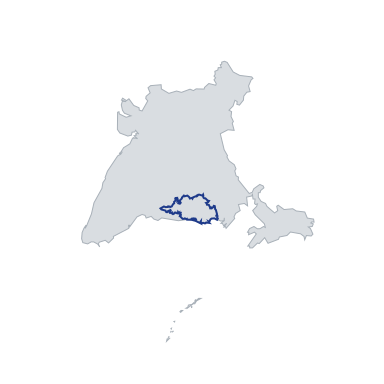 location of Odisha within India, rotated 45°
{"feature_id": "IND-2444", "entity_name": "Odisha", "entity_type": "State", "adm_level": 1, "iso_a3": "IND", "parent_name": "India", "parent_adm1": "", "projection": "mercator", "projection_center": [83.889, 20.172], "detail": "medium", "context": "in_parent", "style": "outline", "palette": "blue", "viewbox_px": 384, "rotation_deg": 45, "n_neighbors": 0, "source": "natural_earth", "source_scale": "10m", "svg_char_len": 5580}
<svg xmlns="http://www.w3.org/2000/svg" viewBox="0 0 384 384"><g transform="rotate(45 192 192)"><path d="M76.6,174.7L81.1,173.7L81.5,170.7L89.6,172.0L95.0,169.9L96.8,171.4L99.4,170.0L96.3,158.9L93.2,158.6L91.9,156.8L92.3,151.5L87.2,149.4L87.5,146.1L94.3,138.0L97.5,140.8L105.9,138.6L109.7,131.5L114.1,129.0L117.9,120.7L121.3,119.3L122.0,116.2L127.8,110.6L126.9,109.2L127.2,103.4L133.3,99.7L132.5,98.2L128.2,97.1L128.0,94.6L125.6,94.5L125.2,92.4L122.8,90.5L124.0,87.5L122.6,85.5L124.8,83.3L122.0,82.1L122.6,80.6L121.2,79.2L122.5,76.6L125.2,75.5L136.3,78.0L143.3,75.8L152.8,68.4L154.8,68.6L154.5,70.8L157.0,77.0L162.1,79.9L160.2,82.7L160.8,87.6L163.4,90.7L164.1,97.0L161.7,98.3L160.0,96.1L157.5,96.8L160.2,102.1L160.3,108.0L163.2,107.2L166.2,111.0L171.4,112.9L171.8,114.9L178.2,118.6L173.4,122.6L170.8,130.8L184.9,139.4L191.4,141.2L191.9,142.5L196.3,143.8L202.6,142.8L206.7,144.5L207.3,146.8L211.7,149.4L214.3,148.6L216.1,150.7L233.5,152.6L234.8,149.6L233.4,146.0L234.6,138.7L238.1,137.4L239.9,138.2L239.5,142.5L240.6,144.3L239.4,145.6L242.6,148.8L247.5,149.8L252.1,148.1L255.2,149.2L265.2,148.4L265.8,144.6L262.0,142.2L262.3,140.4L269.5,139.3L275.1,132.6L279.1,131.7L285.9,126.4L292.0,128.9L297.1,125.2L299.6,127.0L297.8,128.5L297.9,129.9L300.3,128.8L301.4,131.4L299.0,134.5L301.6,134.1L307.3,136.3L307.4,138.8L303.7,141.9L305.5,146.1L302.6,144.2L298.3,144.8L289.9,150.7L289.9,155.6L285.6,162.0L286.6,164.3L282.0,174.5L275.7,172.9L276.0,180.9L274.4,181.8L274.3,188.7L272.4,190.7L270.9,189.5L269.7,190.8L267.1,176.2L264.6,176.2L262.2,182.2L260.7,180.3L259.7,181.2L258.6,177.1L260.2,172.6L264.2,171.8L266.0,169.9L267.0,165.8L268.9,165.2L265.6,163.3L252.8,163.4L248.0,162.2L247.9,156.5L246.7,154.1L245.8,155.9L244.4,155.9L241.6,152.4L240.1,153.8L236.5,151.0L237.0,152.7L234.2,157.0L241.1,162.5L237.1,163.1L233.7,168.0L239.2,171.1L238.0,176.3L239.3,179.9L240.9,180.5L241.8,193.6L240.3,192.8L239.4,194.2L238.6,189.6L238.2,193.5L235.8,192.7L234.5,193.7L235.1,189.4L233.1,187.4L234.8,189.6L233.1,192.1L226.4,194.9L224.5,197.1L225.4,201.7L223.6,204.9L220.7,207.5L219.6,207.1L219.4,208.5L214.3,210.2L213.8,208.5L211.8,209.6L211.2,211.0L213.3,210.7L208.0,214.9L202.7,221.9L188.9,231.8L188.1,236.2L184.2,238.1L180.4,238.1L178.0,242.8L175.4,241.7L172.6,243.2L170.7,248.5L172.7,261.4L171.5,259.6L170.7,260.4L173.0,262.4L167.8,279.0L169.1,280.0L169.0,287.0L164.8,287.5L161.9,293.1L162.5,294.9L165.6,296.1L162.2,295.5L157.8,296.8L156.0,298.5L154.9,302.5L150.6,305.0L147.0,303.1L143.0,298.4L141.2,294.0L140.5,290.2L142.2,293.3L141.3,290.2L136.4,278.6L130.3,268.9L125.8,253.2L122.4,248.4L121.5,243.7L120.3,243.2L117.5,237.1L113.9,219.0L114.9,215.8L114.7,214.7L113.6,216.2L113.3,215.3L113.4,213.5L114.8,213.6L113.2,212.9L112.3,209.0L114.0,201.9L111.9,196.0L112.8,195.1L111.8,195.2L115.8,192.8L111.3,193.2L112.5,190.9L111.1,190.8L111.3,189.3L113.4,188.6L108.4,188.3L109.1,189.9L107.3,192.1L109.0,194.6L107.1,197.8L99.3,201.3L95.0,200.5L83.0,188.2L83.6,186.9L85.4,188.2L92.6,185.7L95.0,181.3L88.5,184.1L85.1,183.4L80.4,180.4L78.6,177.1L81.5,174.7L77.2,176.9L76.6,174.7ZM270.9,277.2L269.4,274.5L271.4,271.6L271.9,262.5L273.6,260.9L272.2,265.8L273.0,269.1L272.0,269.9L270.9,277.2ZM279.6,311.7L279.6,315.6L278.3,313.5L279.6,311.7ZM269.1,285.1L268.1,285.2L268.0,283.5L269.2,282.4L269.1,285.1ZM276.0,305.5L276.0,306.6L275.7,305.5L276.0,305.5ZM277.3,303.9L276.9,305.4L277.0,303.8L277.3,303.9ZM278.6,310.3L278.1,311.5L277.8,311.0L278.6,310.3ZM271.6,296.2L270.8,296.3L271.2,295.6L271.6,296.2ZM270.6,277.8L269.9,278.4L270.2,277.4L270.6,277.8ZM273.2,273.2L273.6,274.3L272.7,273.4L273.2,273.2ZM274.2,303.6L273.6,303.4L273.8,302.8L274.2,303.6ZM270.9,265.8L270.6,267.0L270.8,265.7L270.9,265.8Z" fill="#d9dde1" stroke="#a8b0b8" stroke-width="1"/><path d="M229.4,193.9L226.5,194.8L224.6,197.0L224.4,198.4L225.3,200.8L224.7,201.0L225.5,201.2L225.6,201.6L225.1,201.7L226.0,201.7L223.6,203.5L223.4,204.5L224.1,204.1L223.2,205.1L223.7,204.9L221.6,206.0L220.8,207.4L221.1,207.6L219.4,207.0L218.9,206.4L219.0,207.0L220.7,207.9L213.4,210.4L213.2,210.1L214.4,209.7L214.3,208.6L213.3,208.4L211.5,209.8L210.6,211.5L210.8,212.0L211.6,211.3L211.3,211.1L211.8,210.5L212.9,210.2L212.8,210.8L212.1,210.9L212.4,211.1L214.4,210.2L211.2,212.0L208.1,215.0L207.4,214.6L207.2,215.2L205.6,215.7L205.5,216.4L204.4,217.6L201.1,217.6L200.3,216.0L199.9,216.0L199.8,216.6L198.8,214.9L198.1,215.9L197.6,215.4L197.5,216.2L196.3,216.0L197.1,217.2L195.6,218.1L195.0,218.0L194.2,219.0L194.6,219.9L194.2,221.1L193.2,221.3L192.4,220.7L192.2,221.4L191.1,222.4L190.7,222.2L190.8,221.6L190.1,220.8L190.0,220.1L189.5,220.0L188.5,222.6L188.9,223.1L188.7,223.9L188.0,224.4L186.4,223.9L182.7,226.0L181.3,225.9L182.4,222.1L184.0,221.4L185.6,219.6L185.3,219.0L186.8,217.9L187.2,218.1L187.9,216.5L187.2,214.1L187.4,212.6L186.3,211.6L186.4,209.5L184.7,208.4L184.6,207.9L185.6,206.7L186.2,207.5L186.7,207.1L187.8,207.8L188.5,209.1L188.9,208.6L189.8,208.6L190.6,208.9L190.6,209.5L191.7,208.9L191.6,207.6L189.4,207.0L189.4,203.8L188.8,203.0L188.8,200.3L189.7,200.4L191.3,197.8L193.7,197.6L195.1,198.1L196.2,196.1L197.0,196.3L196.6,194.9L197.7,192.3L198.4,191.9L198.5,191.3L198.0,190.9L198.5,190.1L198.3,189.7L198.9,188.8L201.5,187.4L201.9,186.9L201.7,186.0L202.4,186.4L203.3,187.5L204.3,187.9L205.2,187.8L206.0,187.0L209.1,187.0L210.3,186.3L210.6,187.8L209.7,189.7L210.6,189.7L211.5,190.4L213.0,189.2L215.2,190.0L216.1,189.5L216.0,190.4L216.4,190.7L217.5,189.7L217.7,187.8L217.2,186.4L218.1,185.9L220.6,187.8L221.6,187.8L225.4,190.0L225.9,191.4L226.6,190.8L227.1,191.0L227.6,192.1L229.0,192.5L229.4,193.9Z" fill="none" stroke="#1e3a8a" stroke-width="2"/></g></svg>